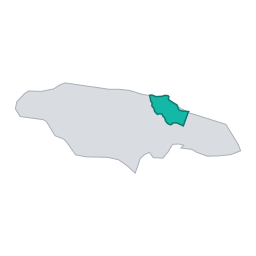 where Saint Mary sits in Jamaica
{"feature_id": "JAM-1381", "entity_name": "Saint Mary", "entity_type": "Parish", "adm_level": 1, "iso_a3": "JAM", "parent_name": "Jamaica", "parent_adm1": "", "projection": "albers", "projection_center": [-76.93, 18.277], "detail": "fine", "context": "in_parent", "style": "filled", "palette": "teal", "viewbox_px": 256, "rotation_deg": 0, "n_neighbors": 0, "source": "natural_earth", "source_scale": "10m", "svg_char_len": 1588}
<svg xmlns="http://www.w3.org/2000/svg" viewBox="0 0 256 256"><path d="M129.4,90.4L142.3,94.4L155.6,96.5L161.3,96.6L166.7,97.9L178.9,107.4L188.7,112.7L225.8,124.3L238.3,144.5L240.6,150.8L231.0,154.6L219.0,155.9L207.4,156.2L196.7,152.3L192.0,149.4L180.9,148.0L183.7,145.2L178.7,144.0L172.6,144.3L168.0,152.0L162.9,158.2L153.2,157.6L149.4,152.3L144.3,154.7L140.2,158.6L135.2,173.1L127.3,165.9L118.7,159.8L107.8,157.3L85.9,156.8L75.6,154.8L67.0,142.5L63.7,139.0L55.0,135.7L46.5,121.6L43.4,119.7L20.1,116.5L15.4,108.8L16.8,101.8L24.7,93.4L28.5,91.0L41.4,91.4L53.7,88.9L59.1,85.3L64.8,82.9L109.3,89.3L119.6,89.3L129.4,90.4Z" fill="#d9dde1" stroke="#a8b0b8" stroke-width="1"/><path d="M149.6,95.3L151.5,95.0L152.8,95.3L155.0,96.3L156.2,96.6L162.5,96.3L163.7,95.6L165.4,95.4L166.8,95.5L168.1,95.8L168.9,96.7L168.5,97.9L168.5,99.4L169.7,100.5L173.5,102.9L176.8,104.8L177.4,105.9L178.3,108.8L179.0,109.8L180.0,110.4L181.9,110.9L187.4,111.4L188.6,111.6L188.3,112.0L183.3,125.9L177.4,123.1L175.7,122.8L175.1,122.9L173.7,122.9L173.1,123.0L172.7,123.2L172.5,123.5L172.4,123.7L172.1,124.0L171.9,124.2L170.5,124.8L168.0,123.8L166.9,122.7L165.6,121.0L165.4,120.5L165.3,119.6L165.0,118.7L164.6,117.8L164.2,117.3L163.3,116.7L163.0,116.2L162.3,114.7L162.0,114.3L161.7,114.0L159.6,113.8L159.3,113.8L159.0,113.9L157.4,114.4L155.4,112.3L154.7,111.4L154.5,111.1L154.4,110.5L154.2,109.6L153.9,108.5L153.4,107.8L152.1,106.3L151.9,105.8L151.9,105.5L152.1,103.0L151.9,102.6L151.6,102.2L151.1,101.7L150.9,101.3L150.6,100.5L150.6,99.9L149.7,95.8L149.6,95.3Z" fill="#14b8a6" stroke="#0f766e" stroke-width="1.5"/></svg>